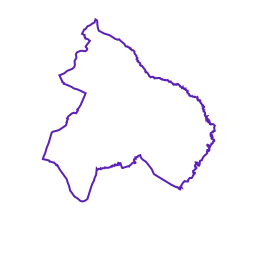 Phlapphla Chai, Buri Ram, Thailand (Mercator projection), rotated 24°
{"feature_id": "78962969B51110363980363", "entity_name": "Phlapphla Chai", "entity_type": "district", "adm_level": 2, "iso_a3": "THA", "parent_name": "Thailand", "parent_adm1": "Buri Ram", "projection": "mercator", "projection_center": [103.201, 14.722], "detail": "fine", "context": "isolated", "style": "outline", "palette": "violet", "viewbox_px": 256, "rotation_deg": 24, "n_neighbors": 0, "source": "geoboundaries", "source_scale": "gbopen_adm2", "svg_char_len": 5769}
<svg xmlns="http://www.w3.org/2000/svg" viewBox="0 0 256 256"><g transform="rotate(24 128 128)"><path d="M158.3,68.2L155.7,67.5L155.5,68.0L154.9,67.9L154.7,68.7L153.8,68.7L153.4,69.3L152.6,69.2L152.6,69.5L152.1,69.9L151.3,69.7L150.9,69.1L149.1,68.9L148.6,68.7L148.4,68.3L147.9,68.6L147.6,68.4L147.0,68.9L146.9,68.6L146.2,68.7L145.5,68.2L145.1,68.4L144.6,68.2L144.5,68.4L143.9,68.5L143.6,68.9L142.6,68.9L141.9,69.5L141.1,69.4L140.2,69.7L139.4,69.5L139.0,69.9L138.7,69.7L138.3,69.9L137.1,69.7L137.0,69.4L136.7,69.4L135.3,69.9L134.5,70.6L133.6,70.9L132.2,71.8L131.8,71.2L131.0,71.5L130.4,71.1L130.0,71.1L129.5,71.3L129.4,71.5L127.9,72.1L127.8,72.4L127.2,72.0L126.1,71.9L125.9,71.5L123.4,69.8L121.9,69.3L121.4,69.9L120.8,69.4L120.4,68.4L120.0,68.0L115.8,65.7L115.2,65.6L115.1,65.8L114.5,65.9L113.2,65.4L113.2,64.6L112.5,63.7L111.7,63.5L111.0,63.7L109.6,63.2L109.8,62.4L107.9,61.7L108.2,60.9L108.2,60.3L108.1,60.1L107.4,60.1L106.3,59.0L106.2,58.5L104.4,57.7L103.1,56.6L102.8,55.5L102.4,55.3L100.9,54.9L100.0,55.1L99.8,55.3L99.5,55.0L98.4,55.0L98.2,54.3L97.2,54.4L97.1,54.0L96.1,54.1L95.8,53.9L95.4,54.0L94.6,53.7L94.4,54.1L92.4,54.3L90.5,52.7L86.4,51.6L83.7,50.6L82.9,51.5L80.3,51.8L73.4,50.7L67.6,51.4L61.8,51.0L60.0,49.1L58.1,46.3L56.4,42.9L55.8,42.3L54.1,42.1L54.5,45.2L53.3,46.6L51.2,50.0L49.7,51.4L48.9,55.2L47.9,55.9L47.7,60.7L50.6,60.7L50.7,61.7L51.5,62.1L51.8,63.1L52.5,63.1L52.7,63.6L55.3,63.2L57.7,63.9L56.2,70.5L56.3,71.0L58.5,72.1L58.8,72.9L58.6,73.7L57.8,75.3L54.5,76.1L52.6,77.5L50.8,79.4L50.4,80.9L50.6,82.2L52.2,84.6L52.3,85.6L51.9,87.9L52.0,88.7L53.7,91.7L54.0,92.7L53.9,94.8L52.9,96.8L49.2,100.5L47.6,103.9L43.9,107.8L49.0,112.1L49.1,112.6L51.1,112.9L51.3,113.8L52.9,113.5L59.6,113.4L62.6,113.9L66.0,113.3L69.7,113.3L75.1,113.5L75.2,114.2L75.4,126.2L74.6,131.3L74.2,131.4L74.1,131.9L75.1,132.2L74.6,135.7L72.5,136.0L71.0,137.3L68.8,141.4L68.6,142.3L68.4,144.1L69.4,144.1L69.5,147.8L69.9,147.8L70.2,150.9L66.1,157.5L64.4,159.2L60.9,161.9L60.6,162.3L60.2,163.5L61.6,173.7L61.8,179.4L62.6,184.9L62.5,188.5L62.9,191.0L69.0,189.8L70.0,190.6L70.3,190.2L72.8,190.1L74.6,189.6L74.9,189.9L77.1,190.6L77.3,190.9L78.2,190.5L78.5,190.7L78.4,191.1L79.1,191.0L79.4,191.4L83.0,194.0L92.7,199.6L95.0,202.3L97.7,204.9L100.5,208.6L101.3,209.1L102.2,209.5L106.9,212.4L110.4,212.8L113.9,213.9L115.4,213.9L117.0,213.2L118.1,212.1L119.2,210.5L119.8,209.1L118.3,196.6L118.1,193.2L118.3,189.5L117.8,187.5L117.9,183.7L116.0,178.0L116.8,178.5L117.3,178.4L117.5,177.6L118.0,177.1L119.9,176.7L119.9,176.4L119.5,176.1L119.5,175.8L120.6,175.8L121.4,174.9L122.6,174.5L122.9,173.4L124.1,173.4L124.6,172.9L125.7,172.6L127.3,171.5L128.3,169.6L129.0,169.9L129.3,168.5L130.2,168.4L130.5,167.7L130.7,168.1L131.0,168.1L131.0,167.6L131.3,167.2L131.1,166.8L131.2,166.5L131.5,166.4L132.4,166.9L133.1,166.0L133.6,165.9L133.3,165.3L133.5,164.9L134.0,164.6L134.6,164.8L134.5,164.2L133.3,164.2L133.3,163.7L134.4,163.7L135.4,163.2L138.6,166.7L139.1,166.9L143.9,162.7L144.6,162.7L144.5,162.2L145.8,159.7L146.0,158.7L147.3,157.0L148.4,157.4L149.0,156.8L148.9,156.5L147.3,155.8L146.7,155.1L146.8,154.6L146.3,154.7L146.2,154.3L147.2,153.1L146.9,152.4L147.5,152.5L147.1,151.5L148.1,150.6L148.5,150.6L148.7,149.3L150.2,147.8L151.1,149.0L152.4,150.1L155.1,151.1L157.0,151.3L158.6,151.8L166.1,155.8L167.2,156.6L169.1,158.5L170.7,159.6L190.8,162.2L194.6,162.4L196.6,162.3L197.0,162.0L200.6,162.9L200.7,162.5L200.5,162.1L199.8,161.7L199.4,162.1L199.3,161.3L199.8,161.2L200.1,160.2L200.9,160.3L200.0,159.5L200.5,155.6L201.0,154.7L201.0,154.1L201.4,153.4L202.6,153.3L203.2,153.1L203.7,152.6L204.2,152.6L204.1,152.2L204.4,151.9L204.1,151.0L204.7,148.5L206.4,147.9L206.8,146.3L206.7,144.8L207.0,144.4L206.8,143.3L207.6,142.4L207.3,141.8L206.8,142.1L205.8,142.3L204.9,140.7L205.0,140.4L205.6,140.1L206.0,138.4L206.8,137.3L206.4,136.2L205.1,136.2L204.3,134.9L205.1,133.4L203.9,131.9L205.6,131.4L206.0,131.6L205.9,132.6L206.0,133.0L207.1,133.7L208.2,133.6L208.3,132.1L207.1,129.0L207.3,128.4L208.6,127.4L208.4,125.4L208.6,124.0L209.1,122.3L210.2,120.0L210.6,118.6L209.8,117.8L209.8,116.8L209.3,116.0L209.8,115.6L210.2,116.4L210.6,116.5L210.9,116.4L211.4,115.6L211.2,114.5L210.3,113.4L208.7,112.2L207.5,111.7L207.3,111.3L207.5,110.9L209.8,111.0L210.1,111.2L210.4,112.0L210.6,112.0L210.6,108.3L211.4,108.0L211.6,107.6L211.3,105.7L212.1,104.9L211.9,104.3L211.2,103.7L208.7,103.8L208.5,103.5L209.2,102.2L208.5,101.3L207.6,100.3L207.3,100.3L207.8,101.7L207.6,102.0L207.0,101.9L205.8,100.0L205.7,98.8L207.2,97.5L206.7,96.9L207.6,95.6L208.2,95.8L208.4,95.6L208.2,95.0L206.5,92.7L206.4,90.6L204.6,89.9L203.9,89.9L203.4,90.3L202.8,90.5L202.4,91.1L201.1,91.1L200.6,90.5L201.1,90.1L200.5,89.8L200.1,89.2L199.8,89.6L199.0,90.0L198.7,89.9L198.8,89.2L197.8,89.1L198.1,88.5L198.6,87.9L198.3,87.5L197.1,87.6L197.3,89.2L196.7,89.4L196.6,88.7L196.1,88.6L195.9,88.1L196.3,87.3L196.3,86.9L195.9,86.8L195.9,87.2L195.4,87.1L195.5,86.8L195.3,86.2L194.9,86.1L195.4,85.7L195.5,85.2L194.7,85.8L193.3,85.2L193.2,84.7L192.7,84.6L192.6,83.5L192.1,82.7L190.9,81.9L190.4,82.0L190.4,81.6L190.0,80.9L190.1,80.7L189.6,80.6L189.4,80.3L189.0,80.5L188.3,79.7L189.0,77.9L188.9,77.6L187.5,77.8L187.6,77.2L187.0,76.6L186.1,76.7L185.2,75.8L184.4,75.7L184.2,75.3L182.9,74.7L183.1,74.0L182.7,73.4L182.3,73.6L181.4,73.5L181.2,73.9L180.8,73.9L180.7,74.2L180.4,74.2L179.9,73.8L179.7,72.7L178.9,71.7L178.6,72.4L176.9,72.1L176.5,72.2L176.3,72.7L175.4,72.6L174.4,73.1L173.5,72.7L173.3,73.0L172.6,73.4L171.9,73.2L170.8,73.4L170.3,72.3L169.9,72.1L169.3,72.2L168.4,71.6L167.6,71.5L167.3,70.6L167.5,70.0L166.9,70.0L165.9,69.6L165.4,69.7L165.3,69.4L164.4,69.5L164.3,68.8L163.7,69.3L163.2,69.1L163.0,69.4L162.4,69.1L162.1,69.2L161.7,68.7L161.7,69.1L161.2,69.5L161.0,68.8L160.6,69.2L159.7,68.8L158.6,68.9L158.3,68.2Z" fill="none" stroke="#5b21b6" stroke-width="2"/></g></svg>